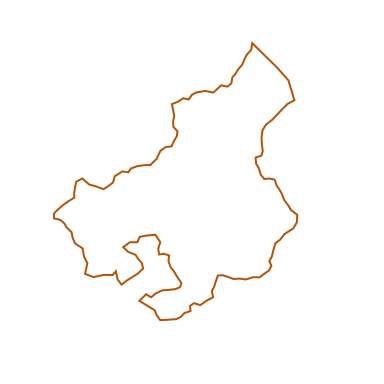 Araçariguama, São Paulo, Brazil (Mercator projection), rotated 244°
{"feature_id": "56859067B60900165945810", "entity_name": "Araçariguama", "entity_type": "district", "adm_level": 2, "iso_a3": "BRA", "parent_name": "Brazil", "parent_adm1": "São Paulo", "projection": "mercator", "projection_center": [-47.076, -23.434], "detail": "fine", "context": "isolated", "style": "outline", "palette": "amber", "viewbox_px": 384, "rotation_deg": 244, "n_neighbors": 0, "source": "geoboundaries", "source_scale": "gbopen_adm2", "svg_char_len": 2069}
<svg xmlns="http://www.w3.org/2000/svg" viewBox="0 0 384 384"><g transform="rotate(244 192 192)"><path d="M233.1,58.4L228.7,56.4L224.9,61.2L219.8,63.5L215.1,63.8L208.8,66.1L202.8,64.6L196.9,64.4L189.2,69.0L181.7,66.7L173.8,66.7L165.3,60.0L158.7,66.2L156.1,76.6L152.1,84.2L154.1,88.8L146.0,86.8L139.6,88.1L141.0,94.7L142.4,107.3L144.6,114.5L150.3,115.8L155.6,114.2L160.3,113.7L166.3,108.3L172.6,106.0L174.1,114.0L170.8,120.9L174.6,125.3L172.9,131.8L169.6,140.3L160.9,141.5L155.7,136.7L150.2,135.1L148.8,139.7L145.0,143.6L140.1,140.5L133.6,139.8L128.5,141.0L121.9,141.5L114.9,142.6L111.7,139.5L112.0,134.4L114.3,128.0L116.7,121.9L116.7,115.0L115.3,109.1L120.2,106.0L117.2,97.0L102.1,106.6L96.8,106.3L90.8,107.3L88.4,112.7L84.6,122.2L84.6,127.1L86.5,132.1L85.7,138.5L90.5,140.3L91.2,145.1L86.7,149.8L87.9,157.2L88.2,164.9L94.3,166.4L96.9,170.1L101.2,174.2L105.6,178.6L103.7,183.2L100.4,186.6L95.6,191.2L93.3,196.8L89.8,202.0L88.6,209.7L85.7,215.2L86.7,220.5L87.6,226.4L90.8,231.0L96.1,231.3L99.2,235.7L103.7,239.3L109.4,244.5L110.4,250.1L113.6,256.6L114.9,267.1L118.8,273.0L125.4,276.6L132.5,273.0L137.2,272.7L144.1,271.4L150.5,271.9L155.6,271.7L160.9,270.9L166.9,271.7L170.1,267.6L172.0,262.7L177.1,261.4L184.9,262.5L189.4,262.0L195.1,264.3L194.3,270.4L197.7,273.5L203.8,275.6L209.9,278.1L216.5,282.3L220.1,288.0L221.8,295.9L224.6,303.4L226.7,309.0L229.3,316.5L229.5,324.2L250.1,327.6L266.6,323.0L299.4,311.4L293.8,307.5L291.4,301.5L287.8,296.7L284.5,293.1L282.0,287.2L279.3,283.1L277.2,278.4L272.5,275.1L271.1,270.2L275.1,265.0L273.7,260.4L272.0,254.8L277.0,248.3L279.5,239.7L279.5,234.7L276.6,229.7L280.1,225.2L279.3,219.0L279.8,212.5L274.2,211.0L267.8,209.3L264.4,206.3L258.8,203.8L252.9,205.6L248.9,202.9L245.6,197.9L242.0,193.7L243.9,187.8L242.8,181.6L237.3,174.7L234.5,166.4L236.8,161.5L239.2,154.3L239.9,147.4L237.6,143.3L241.1,138.4L240.0,129.5L235.2,125.2L234.0,119.4L233.3,113.7L239.5,107.8L243.7,102.9L252.2,99.4L252.0,92.6L248.0,89.3L242.5,85.5L238.5,83.7L237.9,77.2L236.8,70.3L234.9,63.3L233.1,58.4Z" fill="none" stroke="#b45309" stroke-width="2"/></g></svg>